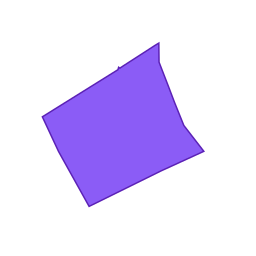 Westall Group/The Mangue, Vieux Fort, Saint Lucia, rotated 219°
{"feature_id": "8701671B97284253822936", "entity_name": "Westall Group/The Mangue", "entity_type": "district", "adm_level": 2, "iso_a3": "LCA", "parent_name": "Saint Lucia", "parent_adm1": "Vieux Fort", "projection": "orthographic", "projection_center": [-60.953, 13.727], "detail": "fine", "context": "isolated", "style": "filled", "palette": "violet", "viewbox_px": 256, "rotation_deg": 219, "n_neighbors": 0, "source": "geoboundaries", "source_scale": "gbopen_adm2", "svg_char_len": 380}
<svg xmlns="http://www.w3.org/2000/svg" viewBox="0 0 256 256"><g transform="rotate(219 128 128)"><path d="M173.5,169.3L172.5,167.0L201.6,82.8L182.5,73.5L167.1,66.0L108.9,42.6L75.3,115.5L54.4,157.6L86.2,165.1L108.0,177.2L122.6,185.7L145.3,198.7L157.5,213.4L159.1,208.9L170.9,172.9L171.4,171.2L172.0,169.4L173.5,169.3Z" fill="#8b5cf6" stroke="#5b21b6" stroke-width="1.5"/></g></svg>